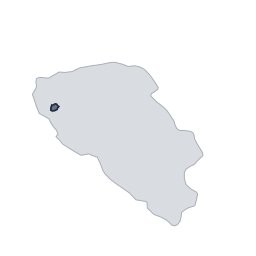 Denchhukha, Samchi, Bhutan (highlighted), rotated 41°
{"feature_id": "84629894B1832791956678", "entity_name": "Denchhukha", "entity_type": "district", "adm_level": 2, "iso_a3": "BTN", "parent_name": "Bhutan", "parent_adm1": "Samchi", "projection": "mercator", "projection_center": [89.277, 27.026], "detail": "fine", "context": "in_parent", "style": "filled", "palette": "slate", "viewbox_px": 256, "rotation_deg": 41, "n_neighbors": 0, "source": "geoboundaries", "source_scale": "gbopen_adm2", "svg_char_len": 2731}
<svg xmlns="http://www.w3.org/2000/svg" viewBox="0 0 256 256"><g transform="rotate(41 128 128)"><path d="M202.0,110.8L201.7,112.4L200.0,116.5L198.8,121.0L199.8,124.7L203.6,129.1L208.8,132.6L215.3,132.8L221.4,131.5L223.8,132.0L227.1,137.9L229.4,142.9L226.2,148.1L224.5,152.7L223.9,155.9L224.3,157.3L226.2,160.0L228.5,164.4L228.8,168.5L227.4,171.3L224.3,172.6L220.9,172.2L218.2,172.3L214.8,172.7L209.4,174.3L204.4,176.2L195.1,175.8L191.4,171.8L189.6,171.8L181.1,177.0L171.8,176.1L155.0,177.9L147.9,178.3L140.7,177.7L137.0,176.6L130.2,172.9L124.0,170.2L117.8,172.7L115.6,173.1L110.5,179.4L99.6,181.5L88.8,183.0L85.5,182.2L79.4,181.8L79.2,180.3L79.4,178.9L78.0,177.8L75.5,176.6L71.2,176.1L65.7,174.5L62.6,173.0L51.4,175.2L44.9,171.9L37.5,167.4L33.8,165.4L32.4,158.3L31.1,156.0L28.2,153.6L26.6,150.8L27.9,147.9L35.3,142.5L35.8,141.2L39.2,131.1L44.0,127.4L48.6,122.3L52.2,114.2L59.0,105.8L66.4,97.2L71.6,90.3L75.0,87.0L82.0,83.5L87.9,81.4L92.0,76.8L96.9,74.1L101.9,73.0L109.4,73.6L116.5,75.3L124.2,77.6L125.1,79.5L124.4,82.8L123.3,86.2L123.3,87.9L124.5,88.9L132.0,89.5L141.3,89.0L146.5,89.4L158.1,92.6L161.4,94.7L165.0,96.4L168.4,96.1L172.8,92.5L177.4,89.5L180.3,89.0L182.3,90.0L186.0,92.9L193.6,95.6L200.4,97.7L202.6,99.6L201.9,108.0L202.0,110.8Z" fill="#d9dde1" stroke="#a8b0b8" stroke-width="1"/><path d="M61.8,157.1L61.5,157.1L61.4,157.2L61.2,157.2L61.0,157.3L60.9,157.3L60.8,157.2L60.7,157.2L60.4,157.2L60.2,157.2L60.0,157.3L59.9,157.3L59.8,157.2L59.7,157.2L59.3,157.0L59.2,157.0L59.1,156.9L58.9,156.9L58.7,156.8L58.5,157.0L58.4,157.0L58.2,157.1L57.9,157.1L57.7,157.0L57.4,157.3L57.4,157.5L57.2,157.7L57.2,157.8L57.0,158.0L56.9,158.0L56.8,158.4L56.8,158.5L56.8,158.8L56.7,158.8L56.7,159.0L56.6,159.3L56.5,159.5L56.4,159.6L56.3,159.8L56.2,159.8L56.1,160.0L56.0,160.3L56.0,160.5L55.9,160.5L55.7,160.6L55.5,160.8L55.4,160.8L55.5,161.0L55.7,161.4L55.7,161.5L55.8,161.6L55.9,161.8L56.0,161.8L56.0,162.0L56.2,162.3L56.3,162.3L56.3,162.5L56.2,162.7L56.3,162.8L56.5,163.0L56.5,163.3L56.5,163.5L56.8,163.7L56.9,163.8L57.0,164.0L57.3,164.1L57.5,164.3L57.8,164.5L57.9,164.8L57.8,165.0L58.0,165.2L58.3,165.0L58.5,165.0L58.8,165.1L59.0,165.0L59.0,164.9L59.2,165.0L59.3,165.0L59.5,165.0L59.6,164.9L59.8,164.7L60.0,164.5L60.1,164.4L60.3,164.3L60.3,164.2L60.5,164.0L60.6,163.9L60.7,163.7L60.8,163.6L60.9,163.4L61.0,163.4L61.1,163.2L61.3,163.1L61.3,162.9L61.3,162.7L61.5,162.6L61.6,162.4L61.7,162.2L61.6,161.9L61.8,161.8L61.9,161.7L61.9,161.4L62.0,161.4L62.1,161.2L62.2,160.9L62.2,160.7L62.3,160.7L62.3,160.4L62.3,160.2L62.2,160.0L62.2,159.9L62.0,159.7L61.9,159.5L61.9,159.4L61.7,159.3L61.7,159.2L61.7,158.8L61.8,158.6L61.8,158.4L61.8,158.2L61.9,157.9L61.8,157.7L61.8,157.3L61.8,157.1Z" fill="#64748b" stroke="#1e293b" stroke-width="1.5"/></g></svg>